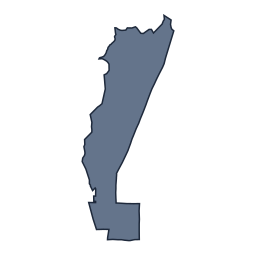 La-nkwantanang-madina, Greater Accra, Ghana (Natural Earth projection)
{"feature_id": "2480657B60779202001283", "entity_name": "La-nkwantanang-madina", "entity_type": "district", "adm_level": 2, "iso_a3": "GHA", "parent_name": "Ghana", "parent_adm1": "Greater Accra", "projection": "natural_earth1", "projection_center": [-0.168, 5.741], "detail": "fine", "context": "isolated", "style": "filled", "palette": "slate", "viewbox_px": 256, "rotation_deg": 0, "n_neighbors": 0, "source": "geoboundaries", "source_scale": "gbopen_adm2", "svg_char_len": 2299}
<svg xmlns="http://www.w3.org/2000/svg" viewBox="0 0 256 256"><path d="M166.7,54.1L173.8,30.8L171.8,29.2L171.1,27.5L170.5,24.4L171.1,20.0L164.0,15.4L164.4,19.4L163.3,21.0L163.0,21.8L162.1,24.1L153.5,33.0L151.4,29.4L149.1,29.4L143.3,33.5L140.8,33.3L136.6,27.7L135.4,26.8L132.8,27.7L131.8,28.0L127.3,27.9L125.8,30.1L122.6,30.4L121.7,30.4L120.9,30.3L120.1,30.1L118.5,29.4L117.8,29.0L116.9,28.3L116.2,27.9L115.5,27.8L115.2,27.8L114.9,27.8L115.2,30.5L115.5,33.2L115.7,33.8L115.9,34.4L115.3,35.4L114.6,36.4L114.6,36.7L114.6,37.0L115.0,38.3L115.1,38.8L115.1,39.2L114.9,40.0L114.6,40.7L113.5,41.9L112.7,42.6L111.9,43.3L110.8,44.5L110.3,44.7L109.8,45.0L109.5,45.5L109.2,46.1L108.2,47.2L107.8,48.3L107.7,49.2L107.1,50.1L106.6,51.0L106.3,52.5L106.0,53.1L105.1,54.7L104.0,56.1L103.1,56.7L102.4,56.9L101.7,57.2L100.0,57.6L99.7,57.8L99.4,58.0L99.0,58.9L102.0,58.7L102.9,59.0L104.3,59.7L106.6,61.1L107.9,62.4L109.0,64.2L109.1,70.4L106.7,73.6L104.1,74.9L104.4,78.0L105.3,89.0L102.0,103.7L99.8,105.6L97.6,107.1L90.2,114.6L91.9,122.4L91.5,126.7L91.9,129.8L91.8,132.2L84.6,139.5L84.8,144.5L83.9,146.7L84.8,151.3L85.0,153.3L84.5,155.4L82.7,158.1L82.2,161.6L85.9,169.1L89.4,179.9L89.4,183.8L90.4,185.1L90.4,186.1L92.6,190.6L95.1,188.0L95.7,188.9L95.6,196.1L93.7,196.1L93.8,201.2L95.6,201.4L95.6,202.6L88.7,202.5L93.1,219.0L96.5,229.5L100.5,229.4L103.1,229.3L108.9,229.4L108.8,230.1L108.3,233.4L107.7,237.1L107.6,237.9L107.5,239.7L112.8,239.4L117.8,239.7L121.5,239.7L124.6,240.2L125.7,240.3L128.7,240.6L128.8,240.6L129.3,240.6L129.8,240.6L130.2,240.5L130.5,240.5L133.2,239.9L134.3,239.7L135.0,239.6L136.2,239.6L139.3,239.5L139.2,231.3L139.2,229.9L139.2,224.5L139.2,223.8L139.4,219.2L139.1,210.9L139.5,203.6L133.5,203.7L128.7,203.6L126.8,203.6L120.3,203.2L116.1,203.0L116.0,200.2L115.9,198.6L115.8,196.0L115.7,192.5L115.9,188.8L115.9,185.1L116.4,178.3L116.4,177.3L116.5,176.4L116.6,175.0L116.6,174.1L116.5,173.4L118.8,169.0L122.3,162.5L126.3,154.1L128.1,150.2L128.6,148.7L130.6,143.3L131.2,141.4L132.0,139.0L132.6,137.5L133.1,136.4L136.2,128.6L136.8,127.3L138.2,124.3L138.6,123.5L140.3,118.9L141.7,115.5L142.5,113.6L143.7,110.6L146.0,104.6L147.3,100.9L150.0,93.7L151.9,88.9L154.5,83.6L155.6,81.2L157.1,78.0L159.1,74.0L162.6,67.2L164.1,63.7L165.5,58.1L166.7,54.1Z" fill="#64748b" stroke="#1e293b" stroke-width="1.5"/></svg>